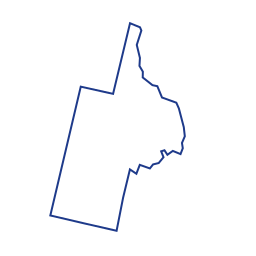 Schuyler, Illinois, United States of America, rotated 282°
{"feature_id": "52423323B64731039190901", "entity_name": "Schuyler", "entity_type": "district", "adm_level": 2, "iso_a3": "USA", "parent_name": "United States of America", "parent_adm1": "Illinois", "projection": "equal_earth", "projection_center": [-90.531, 40.132], "detail": "fine", "context": "isolated", "style": "outline", "palette": "blue", "viewbox_px": 256, "rotation_deg": 282, "n_neighbors": 0, "source": "geoboundaries", "source_scale": "gbopen_adm2", "svg_char_len": 587}
<svg xmlns="http://www.w3.org/2000/svg" viewBox="0 0 256 256"><g transform="rotate(282 128 128)"><path d="M186.2,130.8L191.1,126.3L199.0,125.1L211.1,119.3L226.1,120.8L229.0,118.8L230.9,108.2L158.3,106.3L158.6,73.2L26.3,70.2L25.6,104.7L25.1,138.2L58.9,137.7L87.9,138.5L85.0,145.7L94.4,147.2L93.0,157.8L97.6,160.1L100.1,165.3L106.8,168.8L112.1,165.3L113.8,168.3L110.0,172.1L114.9,176.6L113.4,184.8L119.6,185.8L124.6,183.9L131.7,185.3L140.4,182.4L157.7,173.7L162.8,170.0L164.9,154.9L175.0,148.0L175.0,143.0L180.5,131.9L186.2,130.8Z" fill="none" stroke="#1e3a8a" stroke-width="2"/></g></svg>